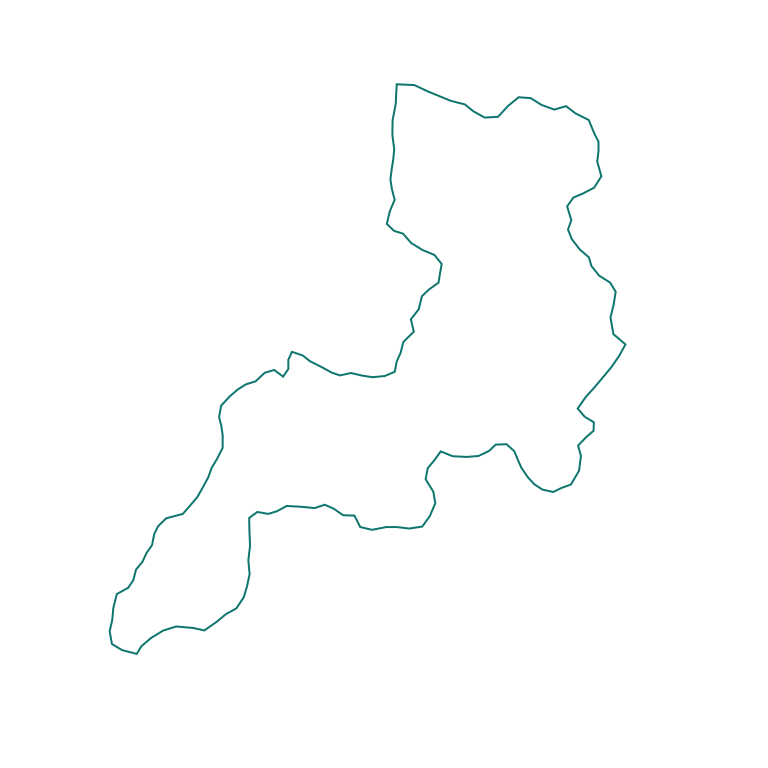 Itanhandu, Minas Gerais, Brazil (Mercator projection), rotated 99°
{"feature_id": "56859067B19026376287302", "entity_name": "Itanhandu", "entity_type": "district", "adm_level": 2, "iso_a3": "BRA", "parent_name": "Brazil", "parent_adm1": "Minas Gerais", "projection": "mercator", "projection_center": [-44.912, -22.329], "detail": "fine", "context": "isolated", "style": "outline", "palette": "teal", "viewbox_px": 768, "rotation_deg": 99, "n_neighbors": 0, "source": "geoboundaries", "source_scale": "gbopen_adm2", "svg_char_len": 2346}
<svg xmlns="http://www.w3.org/2000/svg" viewBox="0 0 768 768"><g transform="rotate(99 384 384)"><path d="M454.0,183.6L439.1,177.8L424.3,178.2L414.4,182.7L404.7,175.9L397.4,169.7L389.0,170.7L385.0,180.6L377.9,188.9L364.9,182.5L354.1,175.4L342.1,168.2L331.9,162.1L319.6,156.2L307.1,151.7L298.9,165.2L282.9,170.7L269.5,169.6L256.7,169.6L248.5,176.5L243.3,188.5L235.1,197.5L226.8,201.5L220.6,211.6L211.5,221.2L202.7,226.4L192.9,224.6L179.9,230.9L170.2,226.1L164.8,217.4L157.2,207.1L144.8,201.8L130.9,208.2L120.2,208.6L111.0,210.1L103.8,215.4L91.2,223.1L86.8,237.1L81.1,247.6L86.3,258.7L83.7,272.2L78.7,283.7L79.7,295.9L89.9,304.9L102.3,313.2L105.1,326.3L100.7,338.3L95.2,347.9L93.9,362.3L90.8,375.3L88.2,386.4L84.0,400.8L86.0,418.3L94.8,417.4L105.6,416.2L121.9,416.8L136.7,414.7L150.6,410.6L160.5,410.0L170.5,410.0L180.8,409.7L190.2,406.7L200.4,402.3L212.6,405.3L225.4,406.3L231.2,398.0L232.5,388.8L240.5,379.2L245.6,367.0L248.7,354.3L256.5,345.8L266.9,346.0L275.4,346.0L283.3,354.1L291.4,360.3L304.8,361.4L315.9,367.6L327.6,362.7L339.5,371.5L350.7,372.5L359.5,374.9L370.3,375.3L376.0,384.5L379.1,396.5L379.1,407.6L378.3,418.3L382.4,428.8L380.9,437.5L377.4,447.2L373.1,460.6L368.5,468.8L366.6,479.9L375.1,482.3L384.0,480.8L392.5,484.8L387.3,494.7L391.6,503.6L401.5,511.3L405.9,520.3L412.3,527.6L420.3,534.4L430.9,541.5L442.5,541.7L450.9,538.1L459.9,535.3L472.4,533.4L484.7,537.4L493.8,541.1L503.7,543.0L513.4,546.4L524.9,550.7L534.4,556.5L543.8,562.4L550.7,578.1L559.8,584.9L568.3,587.5L579.4,587.9L588.3,592.2L597.3,594.7L606.1,599.9L616.9,600.9L625.3,604.8L633.2,615.0L647.5,616.3L659.6,615.5L671.1,616.3L683.3,612.1L687.8,601.1L689.3,586.0L681.0,582.6L671.3,574.4L662.2,563.7L656.0,551.3L654.8,534.0L655.5,522.9L645.2,512.2L636.0,504.1L628.7,494.7L616.4,489.1L604.8,487.6L592.8,487.0L579.4,490.4L564.6,491.0L549.9,494.0L537.4,496.2L530.2,489.1L530.4,478.0L526.4,469.8L519.7,461.1L518.3,447.6L517.4,433.1L512.5,423.6L515.1,414.0L520.0,403.8L518.6,392.6L529.0,385.1L529.9,373.0L524.9,359.3L523.3,348.8L522.8,336.4L518.8,323.9L507.1,318.0L493.8,314.7L482.7,318.4L471.5,328.0L460.2,327.6L450.9,322.0L441.7,317.5L444.6,304.9L443.1,291.0L440.3,279.4L433.7,269.8L426.4,264.2L424.3,253.5L430.0,244.8L438.0,239.9L445.1,235.3L453.6,227.4L459.6,219.7L463.5,211.0L464.2,200.0L459.0,192.6L454.0,183.6Z" fill="none" stroke="#0f766e" stroke-width="2"/></g></svg>